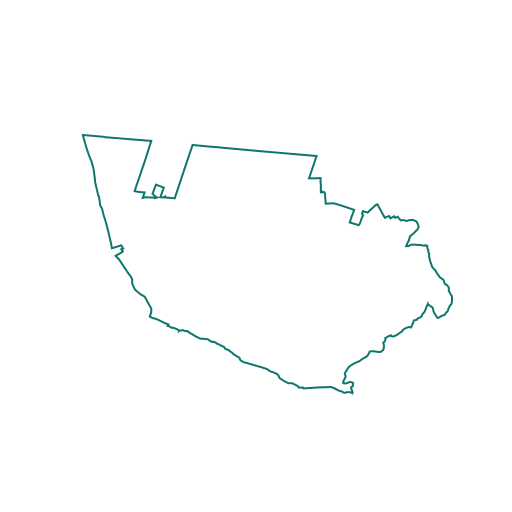 outline of Mihai Viteazu, Cluj, Romania, rotated 197°
{"feature_id": "2599482B370661987664", "entity_name": "Mihai Viteazu", "entity_type": "district", "adm_level": 2, "iso_a3": "ROU", "parent_name": "Romania", "parent_adm1": "Cluj", "projection": "albers", "projection_center": [23.722, 46.539], "detail": "fine", "context": "isolated", "style": "outline", "palette": "teal", "viewbox_px": 512, "rotation_deg": 197, "n_neighbors": 0, "source": "geoboundaries", "source_scale": "gbopen_adm2", "svg_char_len": 6033}
<svg xmlns="http://www.w3.org/2000/svg" viewBox="0 0 512 512"><g transform="rotate(197 256 256)"><path d="M456.9,321.1L456.0,319.5L449.2,309.0L445.1,303.4L441.2,298.6L438.5,294.5L437.3,292.6L435.9,289.8L432.8,283.0L431.5,279.7L424.4,267.5L424.0,267.5L423.0,265.7L421.7,263.1L419.9,259.0L416.9,256.0L413.6,250.4L410.1,245.4L405.2,237.5L397.8,224.8L397.2,223.4L396.0,221.3L388.0,226.8L385.1,224.3L386.8,223.1L384.7,221.3L386.8,218.7L388.4,217.2L390.3,215.1L386.5,213.0L386.3,213.0L372.6,201.7L370.4,200.3L368.2,198.2L367.6,197.5L366.7,194.4L366.2,193.6L365.3,192.2L362.7,189.3L361.8,188.4L355.2,185.6L350.6,184.6L340.8,175.1L340.1,173.0L339.9,171.8L339.7,169.6L339.9,168.5L340.0,168.0L339.9,167.1L339.7,166.9L336.3,166.4L335.7,166.4L334.6,166.7L332.4,166.5L329.6,166.2L324.3,165.2L319.8,165.0L320.0,163.3L318.2,163.4L317.2,163.0L316.3,163.0L315.4,162.6L315.1,162.7L314.3,163.2L314.0,163.3L313.0,163.0L311.2,163.1L310.6,162.9L309.7,162.9L308.6,162.4L307.4,162.5L307.4,162.1L307.2,162.4L305.0,163.2L304.4,163.8L302.4,163.5L301.4,163.5L301.0,163.7L300.3,164.1L300.0,164.2L298.9,163.8L298.2,163.4L297.5,163.5L295.8,162.8L293.9,162.5L292.8,162.1L292.2,162.1L291.5,161.8L290.4,161.6L289.6,161.2L288.3,161.3L286.5,160.8L284.6,160.8L284.0,161.0L283.4,161.3L282.6,161.2L282.0,161.5L278.3,162.2L277.0,162.2L275.0,161.2L273.2,161.4L272.6,160.9L271.7,161.1L270.9,161.7L270.3,161.5L269.5,161.5L269.1,161.3L268.8,161.3L268.2,160.8L267.9,160.7L266.0,160.7L263.2,160.1L262.7,160.1L262.1,159.9L261.6,160.0L261.2,159.8L260.6,159.8L260.2,159.6L259.5,159.5L258.8,158.5L258.3,158.3L254.8,157.9L254.3,157.9L252.9,157.2L252.2,157.1L251.4,156.7L251.0,156.7L250.3,156.4L248.5,155.4L242.1,153.8L240.7,152.0L237.5,150.9L219.2,151.2L212.7,151.1L211.2,150.8L209.7,150.0L207.1,149.8L205.9,149.9L202.7,149.5L201.1,149.1L200.3,148.8L199.7,148.4L198.1,146.5L197.2,146.0L192.7,144.7L189.9,144.1L187.7,143.9L186.5,144.1L184.6,144.9L184.1,144.9L183.3,144.7L179.9,144.2L177.9,143.7L177.0,143.2L176.5,142.7L172.4,143.9L172.1,143.3L169.5,144.1L161.1,147.4L151.1,150.9L147.9,151.9L147.1,152.4L145.8,152.6L143.8,152.4L142.7,152.7L142.4,152.7L141.8,152.2L141.2,151.9L140.7,151.9L140.3,152.2L138.6,151.6L138.0,151.5L137.2,151.6L135.9,151.3L135.4,151.4L134.7,151.7L134.3,151.6L133.7,151.5L132.7,151.0L131.4,151.0L130.8,151.2L129.6,152.1L129.0,152.4L126.0,153.3L125.0,153.3L123.8,152.9L123.7,154.0L124.3,154.7L125.2,155.9L126.0,156.7L126.6,158.1L126.6,158.4L126.4,158.7L125.4,159.6L125.4,159.8L125.8,160.8L125.6,161.6L125.6,162.1L126.0,162.8L126.7,163.2L128.7,163.2L129.6,162.8L131.5,161.3L132.6,160.6L134.6,159.9L135.3,159.9L135.8,161.0L135.9,161.7L135.7,162.0L135.6,163.4L135.3,164.5L135.0,166.2L135.2,167.6L136.0,168.4L136.6,169.2L136.8,169.8L136.7,170.4L136.3,171.5L135.3,175.5L134.8,176.8L134.1,178.1L133.4,179.1L130.1,182.5L128.6,183.9L126.8,185.3L125.7,186.5L125.2,187.3L124.0,188.7L123.6,189.4L121.5,191.3L120.7,192.4L120.2,193.4L119.6,195.8L119.4,196.7L119.4,197.6L118.8,198.2L116.5,199.1L113.1,199.7L111.7,199.8L109.1,200.5L108.6,200.9L107.7,202.1L107.0,203.2L106.8,204.3L106.8,204.9L106.9,205.6L107.6,208.0L107.8,208.6L108.8,209.9L108.9,210.4L108.8,210.7L107.9,212.0L107.9,212.5L107.7,213.5L107.8,214.2L108.4,215.2L108.3,215.5L107.2,216.4L105.9,218.0L104.3,219.3L103.7,219.5L103.3,218.8L101.6,219.0L101.0,219.3L100.6,219.7L99.0,220.9L98.2,221.4L97.8,222.2L95.8,224.8L94.2,226.7L94.0,227.9L93.7,228.6L92.6,229.9L91.0,231.4L88.9,232.9L87.7,233.0L87.1,232.8L86.7,233.9L86.5,235.3L86.4,236.9L86.2,238.5L86.1,240.6L83.6,242.0L83.4,242.5L83.3,243.2L83.1,243.5L82.3,244.3L81.1,245.1L80.1,246.6L79.7,249.5L78.9,250.9L78.5,252.0L78.3,253.6L78.2,254.6L78.0,258.0L77.9,258.8L77.6,260.2L77.6,260.5L77.1,259.9L76.6,259.6L75.3,259.4L74.2,258.9L73.5,258.8L72.3,258.4L71.8,257.9L71.0,256.7L70.0,254.9L68.3,253.1L67.2,252.1L66.5,251.8L65.4,250.6L64.4,249.9L64.2,249.9L63.6,250.1L62.4,251.4L61.4,252.6L59.5,254.1L58.6,254.7L58.4,254.9L57.5,257.9L56.7,258.7L56.5,260.5L56.6,261.3L56.3,263.7L56.0,264.9L55.6,266.1L55.2,266.8L55.1,267.6L55.2,269.2L55.4,270.2L56.6,274.2L57.0,274.9L57.3,275.2L59.1,276.6L60.5,278.3L61.2,278.7L61.5,279.2L62.2,281.6L62.6,282.4L62.9,282.7L63.9,283.3L65.1,284.1L66.1,284.2L67.3,284.6L67.9,285.3L69.0,287.1L69.5,287.7L70.6,288.3L73.6,289.2L76.8,291.5L78.9,293.3L79.8,294.4L82.9,296.1L84.4,297.1L85.9,299.3L87.4,301.2L88.1,302.4L88.8,303.2L88.9,303.9L89.7,304.9L90.3,306.0L90.6,307.2L91.3,309.1L92.3,310.2L92.6,310.5L93.0,312.3L93.9,312.9L94.4,313.6L95.3,315.8L95.9,315.5L97.2,315.9L97.8,315.3L98.3,315.0L99.2,314.8L102.2,314.6L104.8,313.7L106.4,313.6L111.2,312.1L112.8,310.2L113.6,309.8L115.3,309.3L115.2,310.1L114.9,310.7L115.1,311.9L114.6,314.0L114.4,315.4L114.5,316.8L114.3,318.3L114.6,319.8L113.2,321.6L111.7,324.0L110.7,326.2L109.4,328.4L108.9,330.9L110.0,333.2L112.6,335.9L116.5,336.4L119.5,335.3L122.4,333.5L123.1,333.4L124.0,333.6L125.3,333.4L126.5,333.1L127.9,332.3L131.2,334.4L131.9,335.0L134.2,333.2L135.3,334.3L135.6,334.4L138.4,331.3L140.2,333.0L140.5,333.1L141.8,332.1L144.0,330.2L155.0,340.9L156.0,340.2L156.8,339.1L157.5,337.8L159.7,334.2L161.9,330.2L166.8,330.2L166.9,328.6L166.7,328.0L167.0,327.9L166.6,327.0L166.3,326.6L165.4,326.1L165.9,323.6L166.1,318.2L166.2,317.2L166.8,315.5L176.2,315.5L176.1,317.0L176.1,321.2L175.9,323.3L175.6,328.8L190.2,329.2L195.4,329.2L197.8,328.9L204.6,326.4L207.2,332.9L208.2,335.9L209.1,336.7L209.3,337.0L210.4,336.6L210.9,336.6L211.8,337.0L211.9,336.8L211.9,336.0L212.6,335.8L213.0,336.7L213.3,338.3L214.7,342.6L214.9,343.7L215.4,344.2L215.6,344.8L215.6,345.3L216.0,345.8L217.0,349.4L219.8,348.5L222.5,347.3L223.5,347.2L228.0,345.8L227.3,369.3L282.5,357.5L318.9,349.9L324.2,348.9L332.0,347.1L349.1,343.6L349.2,339.8L349.6,327.7L349.7,323.3L350.6,287.4L360.1,285.4L360.3,286.3L361.5,285.0L364.6,284.3L364.2,294.4L372.5,295.0L373.1,286.1L373.2,285.3L368.9,283.1L367.7,283.1L369.7,281.7L370.4,282.1L379.4,279.7L381.3,278.5L381.1,284.2L386.1,283.1L390.0,282.6L391.1,282.6L390.5,299.9L390.0,316.9L389.9,325.7L389.8,335.4L434.6,325.6L436.3,325.5L456.9,321.1Z" fill="none" stroke="#0f766e" stroke-width="2"/></g></svg>